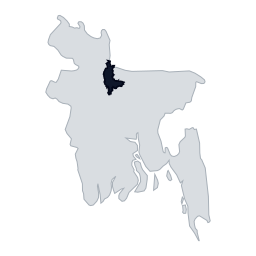 Jamalpur, Dhaka, Bangladesh (highlighted)
{"feature_id": "16705992B65705561019803", "entity_name": "Jamalpur", "entity_type": "district", "adm_level": 2, "iso_a3": "BGD", "parent_name": "Bangladesh", "parent_adm1": "Dhaka", "projection": "mercator", "projection_center": [89.869, 25.0], "detail": "fine", "context": "in_parent", "style": "filled", "palette": "ink", "viewbox_px": 256, "rotation_deg": 0, "n_neighbors": 0, "source": "geoboundaries", "source_scale": "gbopen_adm2", "svg_char_len": 7876}
<svg xmlns="http://www.w3.org/2000/svg" viewBox="0 0 256 256"><path d="M82.5,190.7L82.4,183.7L77.8,169.9L78.0,168.4L77.1,161.8L75.9,158.1L75.3,154.1L78.1,148.5L77.0,147.5L70.8,145.8L70.1,144.3L71.4,138.8L67.0,133.5L65.2,129.5L69.9,116.7L71.2,107.8L70.8,106.1L67.9,104.1L62.8,103.3L59.1,101.6L57.0,99.1L55.2,98.0L53.0,98.8L50.2,97.8L47.8,95.3L45.8,92.2L46.6,88.9L50.3,81.0L51.7,80.7L55.0,82.3L56.2,82.3L58.3,79.1L61.3,70.2L71.6,71.0L74.1,70.7L76.7,70.0L78.1,68.8L78.9,67.4L78.7,66.2L75.5,64.5L74.2,63.2L73.4,59.6L72.4,58.3L66.2,58.1L62.9,56.4L61.1,55.0L57.9,50.1L54.0,46.4L50.2,45.6L48.8,44.4L48.0,42.5L48.5,39.8L50.4,34.6L60.7,23.4L61.0,22.2L60.6,20.7L57.5,18.9L57.3,18.0L58.2,15.7L59.9,15.4L63.5,17.5L67.1,21.0L69.3,24.1L69.3,26.5L72.2,27.0L74.5,28.1L77.0,27.7L78.5,28.3L79.6,28.1L80.0,26.7L77.9,23.2L78.9,21.7L81.3,21.8L83.0,23.1L84.3,25.8L84.5,30.1L87.3,33.9L91.0,36.6L93.8,37.9L97.3,38.7L100.3,37.9L101.7,35.2L101.1,32.8L101.5,30.7L102.7,29.5L104.6,29.6L106.0,31.3L110.0,40.4L109.2,44.5L110.1,55.5L109.1,62.8L109.7,65.6L110.4,66.1L116.5,67.4L125.2,70.3L132.0,71.4L162.4,70.6L169.1,72.0L189.4,70.9L195.0,73.2L201.0,77.0L204.4,79.8L205.0,81.4L204.6,82.8L203.5,83.5L201.4,83.6L196.6,81.7L195.8,82.3L195.7,86.6L191.8,97.5L191.3,100.9L189.9,102.2L185.9,102.9L183.3,109.2L182.2,110.0L179.5,108.6L177.9,108.8L175.8,109.4L173.8,110.8L172.4,112.6L170.8,113.3L165.1,113.2L164.0,116.1L160.3,119.9L157.7,130.0L157.9,133.1L161.0,141.2L163.2,151.7L164.1,152.7L165.1,152.8L165.2,148.0L166.2,147.4L167.5,147.9L170.2,154.4L171.7,156.0L174.1,156.5L176.8,155.5L178.8,153.6L179.6,151.6L178.9,144.6L180.2,141.7L184.8,137.4L185.4,136.1L185.1,129.1L186.9,128.8L189.2,129.4L192.2,127.7L193.1,127.7L194.3,129.5L196.4,129.1L199.6,143.1L199.8,153.0L200.5,158.4L201.7,159.7L205.2,167.9L208.4,196.6L208.8,214.8L210.2,220.9L209.0,222.3L207.9,222.6L206.9,220.4L199.4,215.8L197.6,216.3L195.1,219.0L194.1,221.4L194.5,224.9L195.3,228.3L197.1,230.3L197.2,232.5L199.2,240.6L198.6,240.6L194.6,233.2L189.6,226.0L188.0,212.9L187.9,206.4L184.6,198.8L181.4,185.5L182.8,180.8L180.4,182.9L176.7,174.9L170.9,167.0L169.2,163.5L169.1,160.2L166.6,163.6L163.2,166.0L159.7,169.5L157.4,170.6L150.0,171.3L145.8,166.5L139.7,154.7L138.9,152.0L139.7,145.1L138.3,138.5L137.9,132.7L136.8,133.3L136.3,134.8L136.6,137.3L136.1,139.3L125.9,138.0L130.3,141.5L135.0,142.3L137.4,145.4L137.5,150.5L132.9,153.6L133.3,156.2L136.0,159.4L132.8,160.3L131.9,162.4L131.8,165.3L134.1,169.8L133.7,171.6L137.6,177.5L138.3,180.4L137.3,184.4L129.0,192.4L126.6,198.2L124.5,200.8L122.0,201.3L118.9,198.6L118.8,195.8L119.5,193.6L123.8,188.3L121.4,189.0L114.7,193.4L113.4,189.8L112.5,186.5L112.5,182.4L115.8,176.3L112.1,179.4L111.1,183.2L111.5,187.6L111.1,190.8L109.6,194.9L107.6,197.4L104.5,199.0L103.1,201.4L100.9,203.2L100.2,194.9L97.9,183.7L97.4,186.1L98.6,193.1L98.5,197.6L96.8,201.2L93.3,205.0L90.6,205.6L89.0,205.0L84.0,199.2L83.6,193.7L82.5,190.7ZM144.1,190.9L137.8,192.2L134.7,191.8L140.6,181.7L140.4,177.2L139.5,173.5L136.5,170.5L136.3,168.4L135.0,165.5L134.3,162.1L137.6,161.0L140.3,162.9L141.3,166.8L142.6,169.7L147.3,175.6L147.2,179.3L145.9,188.1L144.1,190.9ZM157.4,187.6L153.6,190.3L154.8,174.3L157.6,180.2L158.3,183.4L157.4,187.6ZM171.8,179.6L170.2,180.7L168.6,179.7L166.7,176.0L167.6,171.2L168.2,170.5L170.6,175.4L171.8,179.6ZM185.8,213.2L183.7,213.4L182.6,212.2L183.1,210.7L182.6,205.5L185.3,205.0L186.3,209.3L185.8,213.2ZM183.5,198.8L181.9,203.9L181.2,201.6L182.3,197.1L183.5,198.8ZM139.2,157.1L139.8,158.8L136.4,156.7L135.4,155.1L137.0,154.3L139.2,157.1Z" fill="#d9dde1" stroke="#a8b0b8" stroke-width="1"/><path d="M106.2,86.4L106.4,86.5L106.6,86.6L106.8,86.6L106.9,86.8L106.9,87.0L107.1,86.7L107.7,86.8L108.2,86.5L108.5,86.9L108.6,87.4L108.5,87.6L108.4,87.7L108.8,87.8L108.9,88.0L108.7,88.3L108.6,88.5L108.5,88.4L108.2,88.4L108.2,88.8L108.4,88.8L108.4,89.0L108.6,89.1L108.8,89.2L108.9,89.3L108.9,89.5L108.9,89.8L108.9,90.0L109.1,90.0L108.9,90.5L108.6,90.6L108.7,90.9L108.6,91.7L108.7,92.3L108.4,92.4L108.0,92.4L107.9,92.8L108.1,93.1L108.2,93.4L108.5,93.7L108.6,94.1L108.8,94.3L108.9,94.6L109.0,94.6L109.5,94.6L109.5,94.4L109.8,94.3L109.8,94.2L109.6,94.2L109.6,93.9L109.8,94.1L109.9,93.8L110.2,93.8L110.0,93.6L110.2,93.3L110.4,93.2L110.2,93.1L110.3,92.9L110.5,93.0L110.5,92.8L110.6,92.6L110.7,92.4L111.0,92.6L111.0,92.4L110.8,92.3L110.7,92.1L110.9,92.0L110.9,91.9L110.7,91.6L110.9,91.5L111.3,91.5L111.6,91.4L111.5,91.1L111.5,90.9L112.0,90.2L112.2,90.4L112.4,90.4L112.6,90.4L112.6,90.2L112.7,89.9L112.5,89.5L112.0,89.1L112.0,88.8L112.1,88.5L112.0,88.3L112.0,88.2L112.1,87.9L112.3,87.8L112.5,87.9L112.7,88.0L112.8,88.0L112.8,87.9L112.7,87.8L112.8,87.8L113.0,88.0L113.2,87.8L113.3,87.7L113.7,87.7L113.7,87.4L113.8,87.5L113.8,87.4L113.6,87.4L113.5,87.2L113.7,87.3L114.0,87.2L114.2,87.4L114.2,87.5L114.4,87.6L114.5,87.7L114.8,87.7L114.9,88.0L115.0,88.0L114.8,88.1L115.1,88.3L115.3,88.5L115.6,88.4L115.8,88.3L116.1,88.3L116.0,88.0L116.2,87.9L116.3,87.8L116.4,87.7L116.6,87.6L116.7,87.4L116.8,87.4L117.0,87.3L117.1,86.9L117.1,86.7L117.5,86.4L117.8,86.4L118.1,86.5L118.3,86.3L118.8,86.2L119.0,86.0L119.5,85.9L120.0,86.2L120.3,86.1L120.4,85.9L120.6,86.0L120.7,85.9L120.9,86.0L121.1,86.2L121.1,86.3L121.3,86.3L121.3,86.2L121.4,85.9L121.6,85.8L121.8,85.8L122.0,85.8L122.0,85.6L122.0,85.4L122.1,85.1L122.2,84.8L122.1,84.7L122.3,84.4L122.6,84.5L122.7,84.4L122.9,84.5L123.1,84.4L122.9,84.3L122.9,84.2L122.7,83.9L123.0,83.8L123.0,83.4L123.2,83.2L123.4,83.2L123.5,83.1L123.3,83.1L123.4,82.9L123.2,83.0L122.8,83.0L122.8,82.9L123.0,82.9L123.2,82.7L123.3,82.6L123.5,82.5L123.4,82.4L123.5,82.4L123.3,82.3L123.3,82.1L123.1,82.1L122.8,82.0L122.4,82.0L122.3,81.9L122.0,81.8L121.9,81.7L122.0,81.5L121.8,81.4L121.6,81.4L121.4,81.6L121.0,81.6L120.8,81.5L120.6,81.5L120.5,81.3L120.2,81.2L119.6,81.3L119.2,81.2L118.7,81.3L118.2,81.2L117.5,81.2L117.7,80.8L117.4,81.0L116.5,81.0L116.4,80.9L116.4,80.7L116.2,80.6L115.8,80.7L115.7,80.9L115.3,80.7L114.7,80.6L114.5,80.4L114.3,80.2L114.3,79.8L114.3,79.5L114.2,79.5L114.2,79.3L114.1,79.2L113.9,79.1L113.5,79.2L113.0,79.4L112.9,79.3L112.9,79.0L113.0,79.0L112.9,78.2L112.7,78.0L112.6,77.8L112.4,77.3L112.5,76.9L112.0,76.8L112.1,76.5L112.1,76.2L112.8,76.2L112.9,76.3L113.0,76.0L112.9,75.9L113.3,75.6L113.7,75.1L113.4,75.1L113.3,74.9L113.2,74.8L113.1,74.7L113.3,74.4L113.3,74.1L112.9,73.7L112.7,73.3L112.6,73.2L112.6,72.9L112.5,72.7L112.5,72.4L112.7,72.1L112.8,72.0L112.8,71.9L112.7,71.8L112.8,71.4L112.8,71.2L113.1,70.9L112.8,70.5L112.6,70.5L112.3,70.4L112.2,70.2L112.3,70.1L112.4,69.5L112.4,69.3L112.4,69.2L112.5,69.0L112.5,68.9L112.7,68.7L112.7,68.4L112.8,68.2L112.8,67.9L112.8,67.4L112.9,67.2L113.0,67.1L113.3,67.1L113.5,67.4L113.9,67.3L113.8,66.9L114.0,66.6L113.9,66.5L113.9,66.4L114.0,66.2L114.5,66.0L114.4,66.0L114.4,65.7L114.1,65.8L113.7,65.7L113.4,65.6L113.0,65.5L112.7,65.6L112.6,65.8L112.4,66.1L112.2,66.3L111.9,66.4L111.4,66.3L111.1,66.2L110.9,66.2L110.3,66.0L110.5,65.7L110.7,65.2L110.4,64.6L110.1,63.9L109.9,63.6L109.9,62.9L109.9,62.6L110.1,61.8L110.2,61.6L110.1,61.2L109.8,61.3L109.2,61.1L108.8,60.9L108.7,60.7L108.0,60.6L108.2,60.8L108.3,60.9L108.2,61.2L108.3,61.3L108.4,61.2L108.6,61.3L108.5,61.2L108.6,61.3L108.6,61.6L108.5,62.3L108.4,62.5L108.1,62.6L107.3,62.7L107.1,63.0L106.4,63.6L106.6,63.7L106.6,63.9L106.7,64.1L107.0,65.0L107.1,65.3L107.2,65.8L107.5,66.2L107.6,66.5L107.5,66.9L107.4,66.9L107.4,67.0L107.4,67.5L107.4,68.3L107.1,68.4L106.1,68.3L105.8,68.4L105.6,68.5L105.5,69.0L105.1,69.5L104.8,70.4L104.7,70.7L104.6,70.9L104.2,71.6L103.9,71.9L103.9,72.0L103.8,72.9L103.8,73.4L103.7,73.4L103.6,73.8L103.4,74.1L103.7,74.5L103.9,74.5L103.9,74.9L104.0,75.1L104.0,75.6L103.8,75.8L104.2,77.3L104.2,78.1L104.6,78.6L104.8,79.0L104.8,79.7L104.7,80.1L104.6,80.4L104.8,80.8L105.0,80.9L105.1,81.4L104.8,81.4L104.8,81.5L104.7,81.8L104.2,82.0L104.4,82.3L104.5,82.9L104.9,83.6L104.9,84.1L105.1,84.4L105.6,84.9L106.0,85.2L106.7,85.5L106.5,86.0L106.2,86.4Z" fill="#0f172a" stroke="#020617" stroke-width="1.5"/></svg>